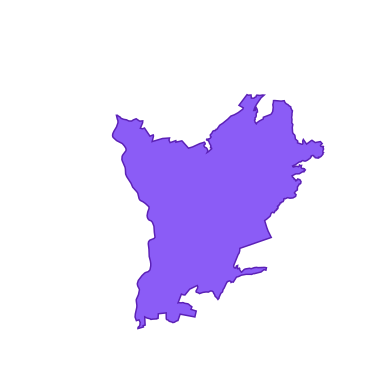 Brancovenesti, Mures, Romania (Robinson projection), rotated 139°
{"feature_id": "2599482B90638587736477", "entity_name": "Brancovenesti", "entity_type": "district", "adm_level": 2, "iso_a3": "ROU", "parent_name": "Romania", "parent_adm1": "Mures", "projection": "robinson", "projection_center": [24.725, 46.873], "detail": "fine", "context": "isolated", "style": "filled", "palette": "violet", "viewbox_px": 384, "rotation_deg": 139, "n_neighbors": 0, "source": "geoboundaries", "source_scale": "gbopen_adm2", "svg_char_len": 5984}
<svg xmlns="http://www.w3.org/2000/svg" viewBox="0 0 384 384"><g transform="rotate(139 192 192)"><path d="M238.6,205.9L241.4,203.6L242.4,202.0L242.8,200.6L242.8,199.0L241.7,196.8L241.8,195.0L243.2,191.1L246.8,186.4L249.6,182.1L251.1,181.8L255.4,183.3L256.3,183.2L257.5,182.9L259.0,181.6L262.0,177.1L266.6,171.4L268.7,167.2L270.1,165.0L271.7,163.2L274.8,160.8L277.3,160.6L279.6,161.6L280.9,161.9L284.6,161.7L290.5,160.5L293.3,158.8L294.0,157.9L294.7,156.4L295.4,153.5L295.9,152.6L299.7,149.7L304.6,147.4L305.5,146.4L307.9,142.7L309.3,141.2L314.7,137.2L317.0,135.0L318.4,131.4L315.9,130.3L316.7,127.4L317.2,127.2L318.0,126.3L319.0,125.6L319.8,125.3L321.2,125.3L322.1,124.8L322.4,124.4L317.2,122.0L316.5,123.2L314.7,122.3L309.6,128.8L308.7,126.5L306.9,123.9L306.6,122.8L305.0,121.8L301.9,119.4L301.7,119.6L300.5,118.9L297.3,122.2L290.8,117.7L294.3,113.6L294.7,113.0L294.8,112.3L294.1,111.2L294.1,110.4L293.9,109.2L292.5,107.1L292.2,106.1L290.9,105.3L288.3,104.8L286.9,104.2L281.1,107.6L271.8,95.8L266.9,99.4L269.8,104.1L267.4,105.4L267.5,106.2L267.8,106.8L268.2,109.6L268.5,110.4L270.6,112.9L270.9,113.7L271.5,114.6L273.0,115.5L274.5,117.1L275.2,117.5L267.0,121.9L266.1,120.2L264.9,118.9L257.5,120.2L249.4,118.0L249.7,116.9L250.8,115.8L254.0,114.6L254.5,113.6L253.3,111.7L253.0,110.4L249.7,109.1L246.9,107.3L245.3,105.7L243.0,105.2L242.5,104.8L241.8,103.8L241.6,102.6L242.1,101.3L242.3,99.7L243.0,98.0L242.7,96.1L242.9,93.9L241.2,94.2L240.6,94.8L236.7,96.6L234.5,96.6L232.5,98.0L230.8,98.4L226.6,100.3L224.5,101.1L224.2,100.9L223.5,101.0L223.1,100.7L222.0,100.4L221.5,99.2L221.9,98.1L220.8,97.9L220.0,96.9L214.3,98.6L212.2,97.6L209.3,96.8L205.2,94.4L201.0,90.7L199.0,90.0L198.6,89.5L192.3,86.3L188.9,86.2L188.5,86.0L187.5,84.5L185.5,86.0L186.7,87.5L191.8,91.6L192.7,92.8L194.5,94.0L197.7,95.3L198.6,96.7L202.4,99.0L203.7,99.3L206.8,99.0L207.3,99.1L207.1,101.4L206.8,102.5L206.2,103.0L206.2,103.5L207.0,103.7L207.3,104.2L207.8,104.0L208.0,104.4L207.9,104.8L205.8,106.6L207.0,107.0L208.4,106.3L209.3,106.2L209.8,107.2L209.3,108.6L208.5,109.3L198.1,114.6L196.7,114.9L194.6,116.3L192.9,118.1L162.0,105.7L160.2,112.6L158.8,116.3L155.9,122.8L153.3,122.5L149.1,122.5L148.6,122.6L146.4,124.0L144.9,124.0L144.5,123.9L143.8,122.5L143.3,122.5L142.3,123.1L141.7,123.2L141.1,122.9L139.3,123.1L139.5,123.5L139.1,123.6L138.2,123.2L137.4,123.6L137.0,125.0L136.7,125.2L135.9,124.7L135.2,124.8L134.5,125.3L133.9,125.1L133.5,125.5L132.5,125.9L132.1,125.4L131.2,125.6L129.5,125.0L128.1,125.6L127.4,126.5L126.6,126.5L126.2,125.8L123.5,125.0L122.2,123.1L119.7,121.3L116.7,120.7L115.2,121.7L115.4,123.9L115.1,124.3L112.5,124.6L111.2,124.4L108.9,126.8L107.4,127.0L105.9,127.7L105.3,127.2L104.3,127.2L102.9,128.3L102.5,130.5L103.6,132.4L104.1,132.0L104.7,132.4L105.6,132.0L106.4,132.4L106.0,133.5L106.1,134.2L106.4,134.7L106.1,135.0L106.3,135.4L106.1,135.7L106.1,136.8L106.4,137.3L105.8,138.6L101.8,137.6L99.1,135.4L94.2,134.5L94.5,134.1L94.4,133.8L92.0,134.3L92.1,135.0L91.9,135.7L92.5,136.0L92.5,136.7L93.5,137.5L93.7,138.6L93.4,139.2L91.9,140.2L92.9,140.9L93.2,141.9L94.3,141.1L95.1,141.2L95.8,142.4L96.7,143.2L99.1,144.4L99.3,145.0L99.0,145.6L98.5,145.2L97.9,145.4L96.0,144.8L91.3,144.3L90.2,143.4L88.1,143.3L87.4,142.7L87.1,141.8L85.9,140.8L84.0,140.3L80.5,140.0L78.6,140.5L78.6,140.9L77.3,140.7L76.5,140.0L76.4,139.4L76.7,138.6L76.3,137.9L76.5,137.0L75.0,135.3L74.1,134.5L73.8,134.6L74.0,135.0L73.7,135.3L72.6,134.4L71.4,134.2L68.4,134.6L68.0,135.3L67.0,135.4L67.2,135.9L66.7,136.7L65.8,137.5L64.6,138.0L64.0,139.1L64.1,139.5L63.0,140.1L63.1,140.5L64.6,141.6L64.8,142.2L64.6,142.7L64.4,143.0L62.0,143.1L62.0,145.8L66.6,148.5L67.5,152.3L67.9,152.5L74.1,153.0L73.5,158.6L75.1,157.8L76.3,156.0L77.2,155.6L77.8,156.0L80.1,159.9L78.8,161.0L79.2,164.2L77.4,166.9L77.1,167.9L77.3,169.1L77.2,170.2L76.8,171.2L73.9,175.0L71.6,176.8L71.3,178.8L68.9,181.2L67.8,183.0L66.0,184.5L65.1,185.6L62.9,187.4L62.9,188.6L62.5,189.6L62.5,190.2L61.6,191.5L62.2,193.4L62.3,195.1L63.0,196.7L63.1,198.6L62.5,200.4L65.1,202.1L69.5,206.7L70.5,207.5L71.8,206.2L73.7,204.9L75.2,202.6L78.3,199.8L80.8,198.9L82.0,199.0L89.1,201.6L90.3,200.4L94.6,201.4L97.7,201.7L98.7,201.2L98.8,201.5L98.6,203.2L97.7,205.2L96.9,205.2L95.7,206.7L94.8,206.6L94.0,207.0L93.2,207.7L92.5,208.7L91.0,209.6L90.1,209.4L88.8,211.2L88.7,211.9L88.4,212.3L88.1,213.7L88.7,213.6L90.8,212.1L91.9,213.0L89.1,214.6L85.1,216.0L78.0,217.8L74.0,217.8L75.1,218.9L77.5,220.4L79.5,222.6L80.3,222.5L81.1,221.8L82.9,222.3L83.8,222.2L85.6,223.9L83.8,226.5L86.1,228.2L86.6,229.4L99.7,226.6L98.1,221.9L99.2,221.2L105.1,221.6L109.3,222.5L112.9,223.8L117.1,223.5L123.5,223.7L127.4,224.2L131.9,223.0L132.8,223.5L133.5,223.1L134.5,223.2L134.8,223.8L136.5,224.2L138.4,223.4L140.8,223.1L141.5,222.1L141.3,221.4L141.5,221.0L142.9,220.6L145.7,221.5L145.9,222.1L146.3,222.2L146.8,221.8L146.8,221.4L145.7,220.3L146.2,220.1L146.2,218.8L146.9,217.1L147.2,215.1L147.8,214.0L148.7,213.6L149.0,213.3L148.4,212.5L148.8,211.7L153.4,211.7L154.6,211.9L153.4,212.4L152.4,214.0L152.2,215.7L152.5,216.7L153.0,217.5L152.7,219.0L152.0,219.6L151.0,219.4L150.3,219.8L150.0,220.5L150.1,221.7L150.6,221.7L154.3,223.4L161.9,225.6L165.9,227.4L166.0,237.0L166.3,237.4L171.4,240.1L170.9,240.5L170.5,241.4L176.1,243.6L175.4,246.2L173.5,247.5L179.1,251.7L189.0,256.2L184.7,259.2L183.9,260.2L183.8,260.6L187.1,261.7L185.9,271.5L187.9,272.2L189.2,274.0L183.9,276.6L182.5,278.0L185.0,279.8L186.1,283.9L188.9,284.9L191.1,285.2L193.1,287.1L194.1,289.5L195.9,291.7L196.9,293.6L197.2,294.6L197.1,295.8L197.8,297.7L197.9,298.8L198.7,299.5L200.5,296.1L201.1,294.4L202.5,292.8L206.4,290.6L211.0,289.1L213.4,288.0L214.7,287.0L215.5,285.8L215.7,284.8L215.2,280.3L212.8,274.3L212.8,271.3L213.2,268.5L214.1,267.0L214.8,266.5L220.2,265.3L221.4,264.7L223.6,262.5L224.1,261.5L226.3,254.6L227.1,253.2L230.3,249.1L231.2,246.4L232.3,238.5L233.6,234.5L233.5,228.4L233.7,226.7L236.3,221.7L236.6,220.3L236.4,219.2L235.4,216.8L234.7,213.9L234.2,209.1L235.2,207.8L238.6,205.9Z" fill="#8b5cf6" stroke="#5b21b6" stroke-width="1.5"/></g></svg>